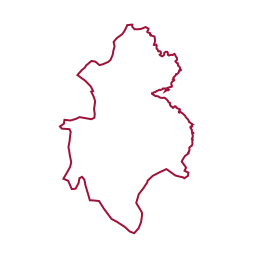 outline of Jo River, River Cess, Liberia, rotated 100°
{"feature_id": "62588387B78382325144882", "entity_name": "Jo River", "entity_type": "district", "adm_level": 2, "iso_a3": "LBR", "parent_name": "Liberia", "parent_adm1": "River Cess", "projection": "albers", "projection_center": [-9.507, 6.035], "detail": "fine", "context": "isolated", "style": "outline", "palette": "rose", "viewbox_px": 256, "rotation_deg": 100, "n_neighbors": 0, "source": "geoboundaries", "source_scale": "gbopen_adm2", "svg_char_len": 3997}
<svg xmlns="http://www.w3.org/2000/svg" viewBox="0 0 256 256"><g transform="rotate(100 128 128)"><path d="M230.5,103.6L227.5,101.8L224.8,100.1L218.3,98.8L212.2,99.0L211.0,99.1L208.8,99.6L203.8,103.9L200.3,106.9L197.7,106.6L191.3,105.9L189.8,105.1L187.1,103.7L185.1,102.6L178.7,99.8L178.3,99.6L176.6,99.6L170.8,95.3L167.8,91.4L165.8,88.8L163.9,86.0L161.8,83.0L166.5,73.2L166.8,70.7L167.0,65.2L167.8,63.9L164.8,60.7L161.5,60.7L160.3,64.9L157.0,63.9L154.5,66.4L151.8,69.2L149.6,68.7L145.6,67.0L142.5,64.0L141.9,64.5L141.3,64.3L140.7,63.7L139.6,63.9L138.8,63.6L136.9,64.2L135.7,63.6L134.3,62.1L133.9,62.0L132.9,61.8L131.2,62.0L129.7,62.5L128.6,62.2L128.3,62.3L128.0,62.3L127.9,62.8L127.8,63.2L127.7,63.2L127.0,63.1L126.8,63.1L126.1,62.7L124.8,62.8L124.6,62.9L123.6,63.1L122.3,63.8L122.1,63.3L121.8,63.0L121.6,62.8L121.4,63.1L121.0,63.6L120.6,64.4L118.5,64.9L117.8,65.8L117.6,65.7L116.5,66.7L115.8,66.6L115.7,65.4L115.0,65.0L114.6,65.2L114.0,65.5L113.3,65.3L113.2,65.1L112.0,67.7L111.6,68.2L111.6,68.8L110.9,69.1L110.5,69.3L108.8,70.8L108.7,71.0L108.0,72.1L107.4,72.7L107.0,73.3L106.4,73.6L105.8,74.1L104.9,75.7L103.5,78.1L103.1,79.0L103.9,79.9L103.8,80.6L102.9,80.8L101.7,80.1L100.9,80.0L100.6,80.1L100.1,82.5L99.7,83.8L99.4,84.0L98.5,84.7L98.4,85.5L99.0,86.1L99.7,86.5L100.3,87.0L100.3,87.5L99.6,88.0L99.3,88.7L99.3,89.4L98.8,89.9L97.5,90.8L96.8,90.7L96.6,90.7L95.8,91.3L95.9,91.8L95.5,92.6L94.5,93.3L93.3,94.7L92.5,96.0L92.3,96.5L91.9,97.1L91.9,97.8L92.4,99.1L92.5,101.7L91.6,103.9L91.6,104.8L91.8,106.6L91.0,108.1L90.5,109.8L90.1,110.3L89.7,110.4L89.6,109.8L88.4,108.8L87.9,107.5L86.4,105.9L86.3,105.6L84.9,103.5L84.9,102.6L84.1,101.3L83.6,100.6L83.1,100.5L83.0,99.9L82.6,98.3L84.0,97.3L85.2,97.7L84.1,96.5L83.8,94.8L83.3,94.4L82.8,95.6L82.0,96.2L81.7,96.3L81.0,94.7L80.2,93.5L79.9,92.2L79.1,92.0L78.7,92.2L78.2,92.4L78.1,92.6L77.3,93.0L76.8,93.1L76.0,93.1L74.2,92.3L73.1,90.8L72.3,91.1L72.0,92.1L71.4,91.6L70.4,92.0L67.8,90.2L66.7,90.1L66.1,88.8L64.6,87.7L63.1,87.7L62.4,87.2L62.3,86.3L62.0,86.1L61.7,85.9L61.1,87.1L60.7,86.9L60.1,86.9L58.8,87.9L58.0,89.2L57.8,89.5L57.0,89.9L56.5,89.9L55.7,90.1L55.6,91.0L54.7,92.4L54.0,92.9L52.7,91.7L52.1,91.7L51.2,91.9L50.7,91.9L48.9,93.5L47.1,94.9L46.9,95.1L47.3,95.7L47.8,96.2L48.4,96.7L48.4,97.1L48.5,98.6L49.5,100.3L49.0,101.4L47.0,101.9L46.6,102.3L46.2,102.6L46.4,104.0L47.6,105.3L48.7,105.2L49.7,105.2L51.3,106.4L51.4,107.3L50.9,108.5L50.9,108.8L50.3,109.5L49.3,108.6L48.7,108.4L47.4,109.0L46.8,110.0L47.3,111.3L46.7,112.0L45.5,112.4L44.9,113.6L43.4,114.0L41.9,114.0L41.0,114.6L41.2,115.5L41.6,116.1L41.7,116.3L41.6,117.0L40.5,116.8L37.9,116.4L36.4,116.8L35.2,117.1L33.9,117.6L33.3,117.8L33.2,118.8L32.9,121.2L32.6,121.3L32.9,121.9L32.1,122.6L31.2,122.5L30.8,122.7L30.7,122.8L30.5,124.7L30.1,125.7L29.2,125.7L27.7,125.0L26.5,125.1L26.4,125.7L26.0,127.0L25.5,128.3L25.9,128.8L26.3,129.3L28.1,132.3L28.9,134.9L29.1,135.8L29.6,138.8L28.7,139.9L27.9,140.9L27.2,141.5L26.2,141.7L25.5,141.7L25.6,142.8L26.1,144.0L26.4,144.8L26.5,146.0L27.0,146.6L27.1,146.8L27.5,146.7L33.0,148.3L36.5,149.9L41.6,154.8L45.8,157.1L47.8,156.3L49.9,155.4L54.1,155.8L58.6,155.8L63.9,157.0L66.3,158.9L66.5,159.1L69.8,164.2L71.0,167.0L68.3,171.7L68.3,175.6L73.1,179.6L73.6,180.1L75.9,180.9L79.1,183.6L82.0,185.4L84.6,187.0L87.0,182.3L87.5,181.2L88.8,178.4L93.5,171.9L97.7,168.8L98.6,170.5L103.2,167.2L103.4,167.1L107.3,165.0L115.4,164.7L120.2,163.1L121.0,163.1L123.7,162.9L125.7,165.6L125.7,172.5L125.7,177.6L125.8,177.7L128.2,181.1L130.6,186.0L131.0,192.0L134.9,191.9L138.3,195.3L140.1,193.1L139.4,186.3L139.3,185.5L141.8,183.7L145.0,183.7L150.5,183.3L153.5,183.3L154.5,183.3L157.4,183.3L160.2,182.1L164.3,180.8L171.5,178.0L176.2,178.2L181.5,180.0L189.2,182.8L190.4,177.7L197.9,172.8L196.9,169.1L190.8,167.1L185.9,167.1L184.1,164.9L186.5,162.0L189.3,160.9L192.2,159.8L193.9,158.9L200.7,155.5L205.8,153.0L205.4,150.0L205.0,144.7L205.0,143.8L211.5,137.9L220.4,128.5L222.4,122.4L222.7,121.7L226.0,114.0L229.7,108.1L230.5,103.6Z" fill="none" stroke="#9f1239" stroke-width="2"/></g></svg>